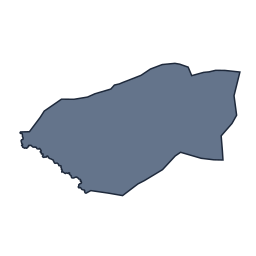 Norovlin, Hentiy, Mongolia (Mercator projection), rotated 275°
{"feature_id": "93677404B9718982388588", "entity_name": "Norovlin", "entity_type": "district", "adm_level": 2, "iso_a3": "MNG", "parent_name": "Mongolia", "parent_adm1": "Hentiy", "projection": "mercator", "projection_center": [111.78, 48.583], "detail": "fine", "context": "isolated", "style": "filled", "palette": "slate", "viewbox_px": 256, "rotation_deg": 275, "n_neighbors": 0, "source": "geoboundaries", "source_scale": "gbopen_adm2", "svg_char_len": 4628}
<svg xmlns="http://www.w3.org/2000/svg" viewBox="0 0 256 256"><g transform="rotate(275 128 128)"><path d="M104.4,225.4L113.6,224.0L128.3,221.5L141.6,231.2L150.2,235.1L169.4,230.8L193.5,234.6L193.8,219.6L193.1,210.3L191.0,203.9L190.0,198.5L185.7,186.9L193.9,182.6L196.1,173.9L196.5,169.1L194.2,156.6L188.7,145.2L181.6,136.4L172.8,118.6L171.2,115.6L169.6,110.7L165.3,107.5L159.3,92.2L155.3,85.0L151.9,71.7L150.9,59.2L137.6,43.1L130.9,39.6L115.7,30.1L114.7,21.3L114.1,20.9L113.8,20.9L113.6,21.0L113.3,21.3L113.2,21.7L113.2,22.1L113.2,22.5L113.2,22.8L113.0,23.0L112.6,23.2L112.1,23.4L111.7,23.5L111.3,23.5L110.7,23.5L110.4,23.6L110.0,23.8L109.8,23.9L109.6,24.2L109.3,24.2L108.7,24.3L108.3,24.4L108.1,24.3L107.9,24.4L107.7,24.3L107.5,24.2L107.3,23.9L107.1,23.3L106.9,23.0L106.5,22.8L106.2,22.7L105.9,22.6L105.6,22.7L105.4,22.8L104.8,23.0L104.4,23.2L104.1,23.2L103.2,23.6L102.9,23.9L102.7,24.2L102.6,24.4L102.4,24.4L102.1,24.4L101.9,24.3L101.7,24.2L101.6,23.8L101.5,23.6L101.4,23.6L101.2,23.6L101.1,23.8L101.0,24.3L100.9,24.4L100.4,24.6L99.8,24.7L99.6,24.9L99.5,25.2L99.4,25.7L99.4,25.9L99.3,26.0L99.2,26.1L99.0,26.3L98.9,26.8L98.9,27.0L99.0,27.2L99.1,27.5L99.3,27.9L99.3,28.0L99.2,28.2L99.1,28.3L99.0,28.6L99.0,28.8L99.1,29.0L99.3,29.1L99.5,29.3L100.1,29.6L100.3,29.8L100.4,30.0L100.6,30.4L100.7,30.5L100.9,30.6L101.0,30.6L101.4,30.4L101.6,30.4L101.9,30.5L102.0,30.7L102.1,30.9L102.1,31.3L102.1,31.7L102.2,32.0L102.3,32.7L102.3,32.8L102.2,33.0L101.8,33.2L101.7,33.6L101.4,34.0L100.8,34.8L100.7,35.1L100.7,35.3L100.7,35.6L100.7,35.9L100.9,36.6L100.9,36.8L101.0,37.0L100.9,37.2L100.7,37.3L100.7,37.5L100.7,37.9L100.8,38.1L100.7,38.2L100.6,38.4L100.4,38.6L100.0,38.8L99.6,39.0L99.4,39.2L99.3,39.6L99.3,39.9L99.3,40.3L99.3,40.8L99.3,41.0L99.6,41.2L99.8,41.3L99.9,41.7L99.9,41.8L99.7,42.0L99.4,42.2L99.1,42.4L98.8,42.8L98.2,43.2L98.0,43.4L97.7,43.5L97.3,43.4L97.2,43.3L97.0,42.8L96.9,42.7L96.7,42.7L96.4,42.8L96.3,43.0L96.3,43.4L96.2,43.5L96.0,43.8L95.8,43.8L95.6,43.8L95.1,43.8L94.9,43.9L94.6,44.1L94.7,44.4L94.7,44.6L94.7,44.8L94.7,45.2L94.8,45.4L94.7,45.5L94.3,45.6L94.1,45.6L93.9,45.6L93.6,45.7L93.3,45.7L93.1,45.6L92.9,45.5L92.7,45.3L92.2,45.3L91.9,45.5L91.7,45.8L91.5,46.1L91.4,46.3L91.4,46.5L91.4,46.9L91.5,47.1L91.7,47.4L91.8,47.5L91.8,47.8L91.8,48.0L91.8,48.5L91.8,48.8L91.8,49.0L92.1,49.2L92.5,49.3L92.7,49.5L92.8,49.6L92.9,49.8L93.0,49.9L93.0,50.3L93.0,50.5L92.9,50.6L92.7,50.7L92.0,51.1L91.5,51.3L91.4,51.5L91.3,51.8L91.1,52.1L90.7,52.8L90.6,53.1L90.6,53.4L90.5,53.6L90.5,53.8L90.3,54.4L90.2,54.7L89.9,55.3L89.8,55.5L89.7,55.7L89.7,56.0L89.4,56.4L89.3,56.5L89.1,56.5L88.8,56.5L88.7,56.6L88.4,56.8L88.2,57.0L87.7,57.2L87.0,57.6L86.7,57.9L86.6,58.0L86.5,58.4L86.6,58.5L86.6,58.8L86.6,59.0L86.8,60.0L86.8,60.6L86.6,60.9L86.1,61.6L85.7,62.0L85.0,62.2L84.6,62.4L84.4,62.6L84.4,62.8L84.4,63.0L84.5,63.2L84.6,64.0L84.5,64.4L84.4,64.5L84.2,64.7L83.5,64.6L83.1,64.6L82.8,64.7L82.7,64.9L82.5,65.0L82.2,65.2L81.8,65.3L81.4,65.2L81.2,65.2L80.9,65.3L80.8,65.5L80.7,65.8L80.5,66.0L80.2,66.2L79.8,66.0L79.6,65.9L79.4,65.8L78.7,65.8L78.4,65.9L78.3,66.0L78.7,66.4L78.7,66.6L78.7,66.8L78.6,67.0L78.0,67.9L77.9,68.2L77.6,68.7L77.4,69.0L77.2,69.5L77.4,69.7L77.7,70.2L77.7,70.3L77.8,70.5L77.7,71.1L77.6,71.4L77.6,71.7L77.6,71.9L77.6,72.0L77.8,72.3L78.0,72.5L78.2,72.9L78.2,73.0L78.2,73.5L78.0,73.8L77.9,73.8L77.7,73.8L77.5,73.7L77.1,73.5L76.9,73.6L76.7,73.7L76.1,74.7L75.9,75.0L75.6,75.4L75.4,75.5L74.8,75.6L74.4,75.8L73.8,76.1L73.6,76.3L73.4,76.6L73.4,76.9L73.4,77.3L73.4,77.6L73.5,78.3L73.8,78.9L74.1,79.3L74.4,79.9L74.5,80.4L74.6,80.7L74.6,80.8L74.6,81.0L74.6,81.3L74.4,81.4L74.4,81.5L74.2,81.8L74.0,82.3L73.9,82.6L73.5,82.8L73.3,83.1L72.9,83.4L72.7,83.6L72.5,83.8L72.4,83.8L72.6,83.9L72.7,84.0L72.7,84.7L72.6,84.9L72.5,85.0L72.3,85.2L72.2,85.2L71.6,85.1L71.3,85.0L71.0,85.2L70.9,85.3L71.0,85.4L71.0,85.7L71.0,85.8L71.0,86.0L70.9,86.1L70.7,86.1L70.4,86.1L70.2,86.2L70.0,86.3L69.8,86.4L69.6,86.4L69.4,86.4L69.2,86.3L69.1,86.1L68.9,86.0L68.7,86.0L68.6,85.9L68.5,85.7L68.4,85.6L68.4,85.3L68.4,85.2L68.2,84.8L67.6,84.3L67.4,84.1L67.2,83.9L66.9,83.9L66.6,83.9L66.4,84.0L66.1,84.0L65.9,84.0L65.6,83.9L65.2,83.6L64.9,83.6L64.7,83.7L64.4,83.9L64.2,84.2L64.1,84.3L64.1,84.5L64.2,84.8L64.2,85.0L64.4,85.3L64.5,85.6L64.5,85.8L64.4,85.9L64.1,86.2L63.7,86.6L63.2,86.9L62.9,87.3L62.7,87.6L62.6,87.8L62.6,88.2L62.6,88.4L62.4,89.0L62.4,89.3L62.4,89.5L62.3,89.9L62.2,90.1L61.9,90.3L61.4,90.3L61.1,90.3L60.8,90.3L60.7,90.4L59.9,90.8L59.6,91.1L59.5,91.3L59.5,91.7L59.5,92.0L62.4,96.4L61.4,114.3L60.2,128.5L73.2,142.8L77.1,149.0L89.5,166.0L104.3,177.5L108.4,182.5L104.2,203.5L103.8,216.2L104.4,225.4Z" fill="#64748b" stroke="#1e293b" stroke-width="1.5"/></g></svg>